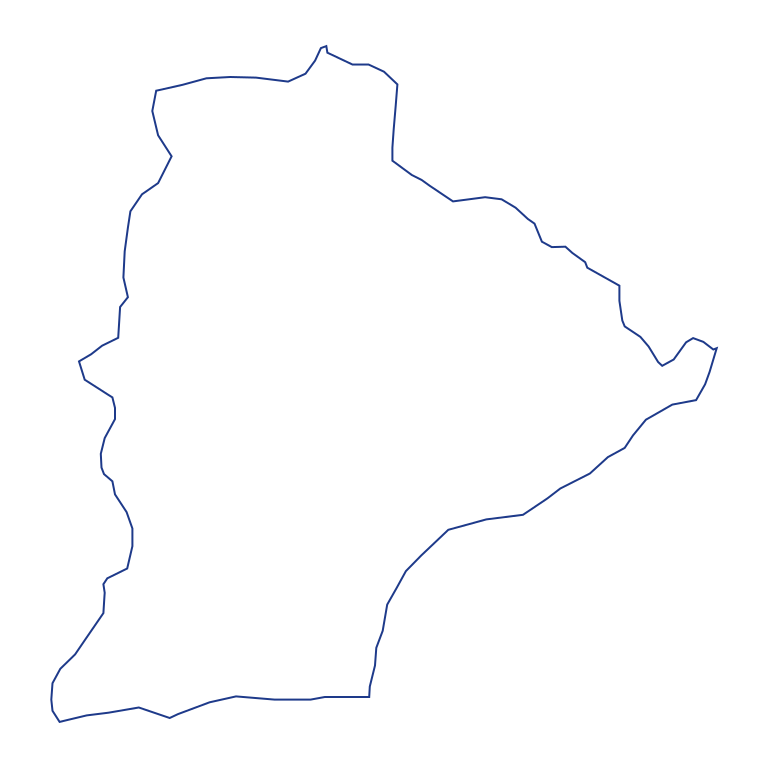 Mazotos, Larnaca, Cyprus
{"feature_id": "46923920B50893737642060", "entity_name": "Mazotos", "entity_type": "district", "adm_level": 2, "iso_a3": "CYP", "parent_name": "Cyprus", "parent_adm1": "Larnaca", "projection": "natural_earth1", "projection_center": [33.494, 34.799], "detail": "fine", "context": "isolated", "style": "outline", "palette": "blue", "viewbox_px": 768, "rotation_deg": 0, "n_neighbors": 0, "source": "geoboundaries", "source_scale": "gbopen_adm2", "svg_char_len": 1633}
<svg xmlns="http://www.w3.org/2000/svg" viewBox="0 0 768 768"><path d="M326.3,46.1L320.9,48.1L315.1,60.6L305.5,73.7L288.1,81.6L255.9,77.6L255.3,77.6L230.2,77.0L206.4,78.3L182.6,84.8L159.5,90.0L156.2,90.7L152.3,111.0L158.1,135.3L171.6,156.3L158.1,183.1L142.0,194.3L130.4,211.3L127.9,227.7L124.7,251.3L123.4,277.5L127.9,297.2L120.1,307.0L118.2,337.8L102.1,345.7L91.2,354.2L79.0,361.4L84.7,379.7L107.3,394.2L112.4,397.4L115.0,407.9L115.0,419.1L104.7,438.1L100.8,453.8L101.5,467.6L104.0,474.1L112.4,481.3L115.0,494.4L126.6,512.1L132.4,528.5L132.4,546.2L127.2,568.5L107.3,578.3L103.4,584.2L104.7,592.8L104.4,597.0L103.4,613.1L85.4,639.3L75.1,654.4L60.3,668.8L52.5,683.2L51.3,699.6L52.5,710.8L59.6,721.9L68.7,719.7L86.7,715.4L108.5,712.7L138.8,707.5L169.7,718.0L178.0,714.1L209.6,702.3L236.0,696.4L274.6,699.6L310.6,699.6L324.8,697.0L351.8,697.0L369.2,697.0L369.8,686.5L375.0,665.5L376.3,647.8L382.7,630.8L387.2,604.6L396.9,587.5L405.9,571.1L421.3,555.4L448.3,529.8L486.3,519.4L523.0,514.8L547.4,498.4L560.3,488.5L589.9,473.5L607.9,457.1L624.7,447.9L633.0,435.4L645.9,419.7L672.3,404.6L696.1,400.1L705.1,384.3L709.6,371.9L716.7,348.2L713.3,349.5L703.4,341.9L693.1,338.1L686.1,342.3L673.7,359.5L662.2,365.8L658.1,362.0L648.6,346.5L640.4,336.9L624.7,326.4L622.3,320.5L619.4,300.8L619.4,285.7L587.3,267.7L585.2,262.2L572.4,253.0L565.4,246.7L551.8,247.1L541.9,241.7L534.5,223.6L527.9,219.0L515.6,207.7L501.6,199.3L485.1,197.2L453.0,201.4L429.9,185.9L421.7,180.0L411.8,175.0L392.4,160.7L392.4,147.7L393.7,129.3L395.7,105.8L397.4,84.4L384.0,71.7L368.5,64.5L352.4,64.5L327.4,52.7L326.3,46.1Z" fill="none" stroke="#1e3a8a" stroke-width="2"/></svg>